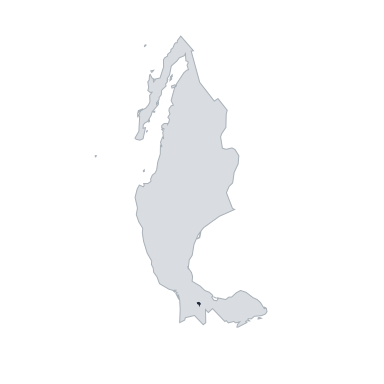 Yajalón, Chiapas, Mexico shown in context, rotated 47°
{"feature_id": "50627088B12149275073321", "entity_name": "Yajalón", "entity_type": "district", "adm_level": 2, "iso_a3": "MEX", "parent_name": "Mexico", "parent_adm1": "Chiapas", "projection": "orthographic", "projection_center": [-92.339, 17.178], "detail": "fine", "context": "in_parent", "style": "filled", "palette": "slate", "viewbox_px": 384, "rotation_deg": 47, "n_neighbors": 0, "source": "geoboundaries", "source_scale": "gbopen_adm2", "svg_char_len": 4260}
<svg xmlns="http://www.w3.org/2000/svg" viewBox="0 0 384 384"><g transform="rotate(47 192 192)"><path d="M70.3,93.9L89.7,94.6L88.4,96.5L117.1,111.6L140.7,113.7L141.4,109.3L156.2,110.5L158.4,113.9L167.9,123.2L169.6,130.6L171.2,133.5L180.7,139.9L184.1,137.9L187.0,132.7L190.2,131.6L197.4,133.0L203.0,139.2L206.5,147.9L213.1,156.1L213.2,161.0L216.0,167.3L231.6,173.6L233.8,172.8L228.4,188.6L226.0,207.7L226.6,211.9L230.7,217.5L229.7,220.5L230.0,217.5L226.7,212.7L227.6,217.0L231.6,226.2L238.4,235.0L239.9,240.5L244.7,246.1L243.3,245.9L246.1,247.3L245.3,246.5L250.5,247.3L254.2,249.2L257.4,252.8L266.3,250.2L272.8,249.8L277.1,247.7L281.6,247.3L282.5,248.1L282.2,249.2L285.9,249.9L288.4,248.2L287.8,245.4L286.5,246.1L286.8,245.5L293.6,240.7L294.0,236.8L295.9,234.6L295.9,228.4L297.1,223.7L302.2,220.9L311.1,219.4L315.0,217.7L319.4,217.3L326.6,218.7L327.2,217.6L325.3,217.6L327.7,216.9L330.7,218.8L331.3,221.6L329.9,225.4L325.4,231.2L325.3,235.0L323.0,237.3L323.4,238.2L325.5,237.8L323.3,240.2L323.4,241.2L324.9,240.9L322.2,250.5L321.5,251.3L319.9,249.2L319.5,245.6L317.4,249.4L315.2,249.7L312.5,254.7L309.4,254.7L309.1,256.3L291.3,256.5L291.3,262.3L287.2,262.3L297.0,271.1L296.7,274.3L284.0,274.4L279.4,282.6L280.7,284.7L279.1,290.1L269.9,280.8L262.5,274.6L258.0,272.1L257.5,272.7L261.7,274.9L255.2,273.0L255.7,271.5L253.9,272.1L252.9,270.7L251.7,272.1L253.9,272.9L250.6,273.2L247.3,275.2L236.9,278.3L230.3,275.5L224.7,274.8L221.0,272.2L217.3,271.1L215.0,268.6L206.0,266.4L195.0,261.0L187.9,256.1L185.0,252.8L177.6,251.3L170.6,248.2L166.5,242.8L157.1,237.3L152.5,230.1L151.0,225.8L155.0,224.1L154.5,222.3L152.9,221.6L155.7,218.6L156.2,214.8L154.3,213.4L152.6,209.5L152.9,206.0L151.8,202.9L146.8,196.7L142.6,189.3L135.8,182.7L137.8,184.1L138.1,182.8L134.2,181.2L131.8,176.2L133.9,176.5L128.5,172.8L127.9,171.2L125.7,171.6L125.4,170.8L127.3,169.1L124.3,170.3L122.8,168.8L122.9,165.7L125.2,163.1L125.9,163.7L124.9,160.8L123.3,158.8L120.9,158.7L119.8,154.8L117.0,153.6L115.5,151.9L114.8,148.4L115.8,146.4L110.9,144.9L103.8,133.5L103.7,130.9L102.5,130.0L99.2,116.5L99.4,112.5L100.2,111.2L95.8,109.1L95.1,106.9L93.7,106.0L91.9,107.0L86.3,102.4L87.0,105.0L85.2,109.7L85.9,113.8L85.7,121.2L91.0,128.5L92.3,133.1L93.4,133.0L93.6,134.4L94.6,134.7L95.0,137.6L96.8,138.7L96.9,144.8L99.9,148.2L100.5,151.7L101.9,153.0L102.5,157.1L103.8,158.3L103.4,155.2L105.1,157.1L106.2,166.6L108.0,169.5L110.2,176.4L109.4,179.2L109.7,181.8L112.0,184.4L113.2,182.1L119.7,191.5L118.6,194.7L115.4,196.9L113.7,197.0L111.4,189.5L101.0,178.7L99.9,178.7L98.0,175.4L97.8,173.3L99.1,168.9L98.7,164.5L97.4,161.3L92.4,157.0L91.8,153.2L90.6,154.7L87.7,155.1L86.0,152.4L81.3,149.2L80.9,147.0L77.7,143.5L77.5,142.4L81.3,143.5L83.7,142.8L83.5,143.8L85.3,145.0L85.0,142.5L84.1,142.3L86.8,137.6L81.2,127.5L75.9,122.7L75.2,120.6L75.9,117.2L74.7,115.9L74.9,112.0L73.4,110.1L73.6,107.8L71.8,103.9L71.7,102.2L72.7,101.1L71.3,99.4L70.3,93.9ZM103.4,133.6L102.3,135.8L100.5,134.8L101.9,131.4L103.1,131.1L103.4,133.6ZM95.5,132.2L93.1,129.3L92.8,126.6L94.1,127.7L94.1,129.2L95.5,129.7L95.5,132.2ZM330.0,230.3L329.2,229.5L329.5,228.4L331.6,227.4L330.0,230.3ZM97.7,178.4L95.9,175.7L97.8,170.9L96.9,175.3L97.7,178.4ZM76.8,140.0L75.3,139.5L76.8,137.0L77.2,139.0L76.8,140.0ZM53.3,128.0L52.4,126.1L52.9,125.4L53.3,125.5L53.3,128.0ZM99.4,178.7L100.4,180.8L98.0,178.6L99.4,178.7ZM144.4,212.7L144.0,213.6L143.3,213.2L143.2,211.8L144.4,212.7ZM111.2,174.7L111.5,176.3L110.4,174.2L111.2,174.7ZM107.5,164.1L108.2,164.9L106.8,166.2L107.5,164.1ZM100.7,238.5L100.2,238.6L99.4,237.9L100.2,237.2L100.7,238.5ZM284.7,247.3L283.2,247.7L285.9,246.8L284.7,247.3ZM117.2,184.1L116.5,183.8L116.6,182.4L117.2,184.1Z" fill="#d9dde1" stroke="#a8b0b8" stroke-width="1"/><path d="M279.4,262.6L279.3,262.4L279.2,262.4L279.0,262.5L278.9,262.5L278.7,262.3L278.4,262.3L278.2,262.3L278.2,262.5L278.0,262.8L277.9,262.7L277.7,262.7L277.7,262.8L277.4,262.9L277.5,262.9L277.4,262.9L277.2,263.0L277.1,263.4L277.0,263.5L277.3,263.7L277.4,263.8L277.5,263.8L277.6,263.7L277.6,263.4L277.8,263.3L277.8,263.5L277.9,263.3L278.0,263.4L278.0,263.5L278.3,263.5L278.4,263.4L278.5,263.4L278.6,263.2L278.7,263.3L278.8,263.3L278.8,263.2L279.0,263.0L279.3,263.2L279.2,263.0L279.2,262.9L279.4,262.7L279.4,262.6Z" fill="#64748b" stroke="#1e293b" stroke-width="1.5"/></g></svg>